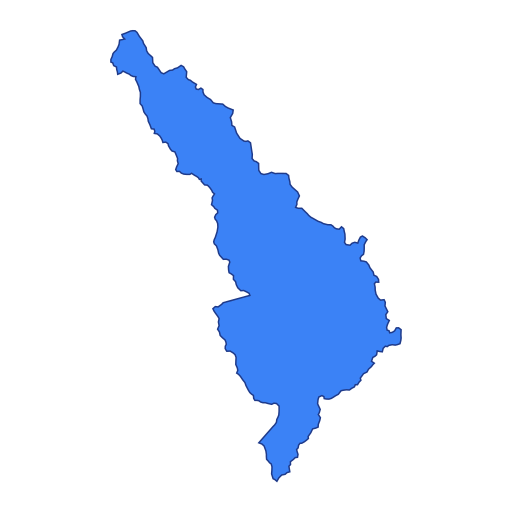 Arenópolis, Goiás, Brazil (Robinson projection)
{"feature_id": "56859067B45082876942592", "entity_name": "Arenópolis", "entity_type": "district", "adm_level": 2, "iso_a3": "BRA", "parent_name": "Brazil", "parent_adm1": "Goiás", "projection": "robinson", "projection_center": [-51.603, -16.343], "detail": "fine", "context": "isolated", "style": "filled", "palette": "blue", "viewbox_px": 512, "rotation_deg": 0, "n_neighbors": 0, "source": "geoboundaries", "source_scale": "gbopen_adm2", "svg_char_len": 5421}
<svg xmlns="http://www.w3.org/2000/svg" viewBox="0 0 512 512"><path d="M250.5,142.8L247.9,140.9L246.0,141.4L244.0,141.1L240.0,138.4L236.6,133.1L234.6,127.0L231.9,125.4L231.6,121.9L230.3,117.6L232.7,113.4L233.2,110.0L228.1,108.0L225.4,106.5L222.7,104.1L215.8,103.6L213.2,102.8L210.6,99.6L207.0,97.4L204.1,94.8L203.0,92.1L202.9,89.5L200.9,88.1L198.5,89.5L196.3,89.1L195.4,87.0L196.5,84.4L192.3,81.9L190.4,80.3L188.3,79.6L186.2,77.3L186.7,71.7L184.7,68.8L183.6,66.8L181.1,65.4L177.6,67.8L174.5,68.7L172.5,70.1L169.6,70.4L163.8,73.8L161.1,72.7L159.1,69.7L157.4,67.2L155.1,66.2L152.8,62.7L152.5,57.4L148.2,53.5L146.6,50.8L146.2,47.7L143.5,43.4L142.8,40.9L139.3,36.3L137.0,32.4L135.1,30.8L132.8,30.7L130.6,31.0L125.5,33.2L121.9,34.5L122.6,36.8L124.7,39.0L121.9,39.7L119.6,40.1L119.1,44.2L118.1,46.8L116.4,50.1L114.2,52.1L113.0,53.6L112.2,56.6L110.9,59.5L110.9,62.1L112.7,62.8L113.7,65.6L116.5,67.0L116.7,69.4L117.4,71.9L117.7,74.3L121.0,73.0L122.9,71.1L124.8,72.0L126.6,73.0L129.4,74.2L130.9,75.5L133.3,76.5L135.9,76.7L135.5,79.4L136.7,81.6L137.6,83.7L138.8,86.5L139.4,89.4L140.4,92.4L140.4,96.3L140.1,99.7L140.1,103.6L142.2,106.0L143.1,109.0L143.9,111.9L145.5,114.3L147.0,116.0L147.9,118.5L148.3,121.3L149.9,124.7L151.4,128.8L154.1,129.1L154.8,131.3L154.3,133.4L157.3,133.9L159.8,136.0L161.1,138.0L162.2,140.1L162.9,142.5L165.7,142.1L168.0,143.6L168.5,145.8L170.5,149.3L172.0,151.0L174.9,151.9L176.5,155.7L177.6,158.5L177.4,160.8L178.2,163.6L176.6,166.9L175.7,169.6L176.9,171.5L179.5,171.4L181.3,173.1L183.8,174.1L186.9,174.4L189.8,174.4L191.6,173.3L194.4,175.2L196.6,176.4L198.4,177.7L199.4,179.4L201.2,179.0L201.2,181.1L202.8,182.9L204.6,184.9L207.5,185.2L209.7,187.5L211.7,190.3L212.6,192.3L214.5,193.9L213.0,196.2L212.1,197.9L212.5,200.4L212.0,202.7L211.5,204.7L213.7,206.6L214.9,208.4L217.5,210.2L217.7,212.9L215.8,214.6L214.6,217.2L215.2,219.2L216.6,220.8L217.7,223.6L217.9,227.1L217.1,231.8L215.3,237.4L214.3,239.5L213.7,241.8L214.3,243.8L216.4,245.8L217.9,249.7L218.6,253.1L219.6,255.2L223.3,259.3L226.3,259.2L229.0,260.1L229.8,262.1L228.4,266.4L228.6,270.0L229.1,272.7L231.1,273.8L233.5,275.6L233.4,279.3L235.6,281.7L236.3,284.7L237.8,287.8L240.8,290.7L243.7,290.5L247.0,292.1L249.1,293.3L249.9,295.4L223.2,302.7L221.6,304.4L218.1,306.9L215.3,306.6L212.9,308.7L214.1,311.2L215.7,313.5L217.9,316.5L219.1,318.6L218.4,322.0L219.1,325.6L217.6,329.2L219.4,331.9L220.2,335.5L222.5,337.8L225.0,339.9L225.9,342.0L226.3,344.3L225.3,346.2L225.2,348.6L226.7,351.2L230.2,351.1L233.4,353.1L235.1,354.7L236.1,357.5L235.9,360.9L235.8,364.5L237.3,367.9L237.8,370.3L236.7,373.1L238.5,374.3L240.3,376.2L242.8,379.9L244.9,382.5L246.0,385.6L247.3,388.1L248.5,390.4L249.9,392.6L251.5,394.1L253.4,395.4L253.7,398.4L254.9,400.4L257.1,400.4L259.0,400.8L260.6,402.0L262.9,402.7L265.3,402.7L268.0,403.5L271.7,404.3L273.9,403.2L276.5,403.5L279.1,406.1L279.1,408.5L279.1,411.1L278.8,415.0L277.9,417.3L276.8,419.5L276.4,422.4L274.6,425.0L273.0,426.6L258.8,442.8L261.9,444.0L264.1,446.0L265.9,450.9L266.4,454.2L266.4,456.6L266.6,459.3L268.3,461.1L269.6,462.8L271.2,463.9L272.0,466.8L271.9,470.3L271.6,473.9L273.1,478.7L274.9,479.6L276.9,481.3L278.9,477.8L281.7,475.0L285.1,474.3L287.0,472.6L289.8,471.8L288.9,466.2L290.5,464.6L290.4,461.7L293.4,459.4L295.2,457.6L297.5,457.3L298.0,454.4L297.1,451.6L296.6,449.5L298.1,447.9L298.6,445.1L300.0,443.3L301.8,443.2L304.5,441.7L306.8,439.9L308.4,438.5L308.1,436.5L309.4,434.7L310.8,432.7L312.6,428.9L315.7,428.1L318.1,427.1L318.3,424.3L319.7,420.7L320.4,417.7L318.3,414.5L319.3,412.6L320.2,409.4L318.9,406.6L317.6,403.8L318.0,399.7L318.8,397.0L321.9,395.6L323.9,396.6L324.2,398.6L326.3,399.0L329.0,399.1L331.3,398.4L333.3,397.2L335.8,395.6L338.3,394.3L341.1,390.7L343.4,390.2L346.5,389.8L349.4,390.0L351.9,388.2L354.4,386.9L355.3,384.7L357.5,384.7L359.0,382.2L360.9,380.3L360.3,378.1L361.8,376.1L363.5,373.7L367.0,372.0L368.5,369.2L371.4,366.6L372.8,364.7L374.3,363.2L371.5,361.3L372.8,357.4L374.8,356.4L376.6,354.8L377.2,350.9L379.6,351.5L382.3,351.8L383.2,348.3L385.3,346.2L387.3,346.6L388.8,345.4L392.2,344.7L395.2,345.1L397.1,344.7L400.0,343.7L400.8,340.5L401.1,338.0L400.9,334.7L401.1,329.7L398.6,327.8L396.3,327.9L394.6,330.9L392.2,332.4L389.7,332.8L389.0,330.7L387.1,330.1L386.6,327.4L387.3,324.9L388.1,323.0L389.3,320.5L386.3,318.6L385.8,314.6L387.8,311.7L385.0,306.0L385.3,302.3L384.1,299.7L380.5,300.1L378.2,298.1L376.0,294.1L375.2,290.1L375.1,287.1L374.4,283.7L375.8,282.1L378.7,282.2L378.5,279.4L376.7,276.5L373.9,275.2L373.2,272.0L371.4,269.7L369.9,267.7L368.8,265.0L366.3,261.9L363.9,261.2L360.8,260.8L360.1,258.0L361.5,255.8L363.5,254.3L364.1,251.2L364.2,248.1L364.2,244.7L365.9,241.4L367.1,239.7L365.1,237.7L362.4,236.0L360.4,237.1L358.8,240.2L357.8,243.1L354.8,242.3L352.1,243.2L350.0,245.2L346.1,244.6L344.5,242.4L345.1,239.1L345.0,236.4L344.9,234.1L344.3,231.6L343.7,228.6L341.5,226.8L339.2,229.2L336.3,228.8L334.3,227.7L332.9,226.1L331.0,224.8L327.6,224.7L323.3,223.6L321.2,222.4L318.1,221.3L313.2,218.5L310.8,217.2L308.7,215.4L307.3,213.7L305.4,211.9L301.8,208.3L298.2,208.3L295.6,207.4L296.9,204.4L296.8,201.9L298.0,198.9L299.4,195.9L297.6,192.0L292.1,187.1L290.1,184.4L289.8,181.6L288.9,178.1L288.6,175.4L286.1,173.5L281.2,173.4L277.9,173.4L275.2,173.6L271.5,172.3L268.1,173.7L266.1,174.1L263.9,174.5L260.9,173.6L258.8,170.4L258.7,167.8L258.6,163.4L256.2,161.6L254.2,161.0L252.1,158.6L252.3,154.4L251.7,150.8L250.5,142.8Z" fill="#3b82f6" stroke="#1e3a8a" stroke-width="1.5"/></svg>